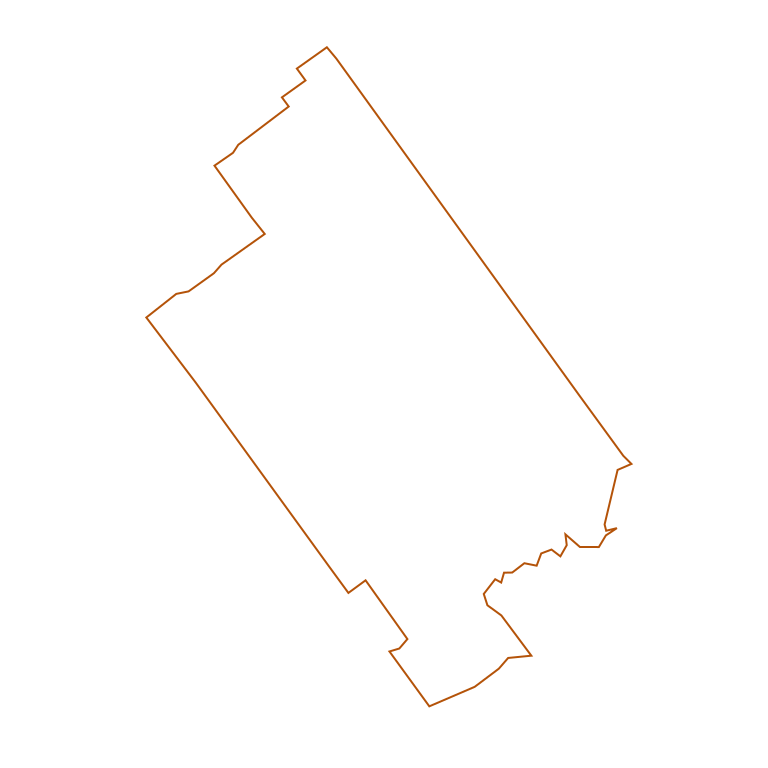 Glenn, California, United States of America (Mercator projection), rotated 54°
{"feature_id": "52423323B940291063109", "entity_name": "Glenn", "entity_type": "district", "adm_level": 2, "iso_a3": "USA", "parent_name": "United States of America", "parent_adm1": "California", "projection": "mercator", "projection_center": [-122.275, 39.592], "detail": "fine", "context": "isolated", "style": "outline", "palette": "amber", "viewbox_px": 768, "rotation_deg": 54, "n_neighbors": 0, "source": "geoboundaries", "source_scale": "gbopen_adm2", "svg_char_len": 795}
<svg xmlns="http://www.w3.org/2000/svg" viewBox="0 0 768 768"><g transform="rotate(54 384 384)"><path d="M78.0,232.3L77.6,269.1L92.3,269.1L92.1,298.1L103.5,298.0L104.8,361.3L108.2,370.2L107.7,392.8L171.6,393.2L192.5,392.3L191.9,445.3L194.4,456.5L194.2,487.7L189.0,499.1L190.5,537.2L272.4,535.5L500.2,535.7L532.1,535.6L532.0,514.3L604.1,515.0L607.0,527.1L603.6,536.8L671.4,536.8L682.3,488.6L681.8,458.4L678.6,444.6L690.4,424.5L640.2,425.1L623.8,430.4L612.5,426.7L607.3,408.8L613.5,405.9L607.2,397.8L611.9,391.1L611.5,375.8L620.7,367.3L613.5,356.4L616.4,345.8L627.1,342.6L621.8,330.9L612.3,325.6L631.0,321.3L642.2,306.0L636.9,293.5L637.5,280.3L633.3,290.5L627.3,288.1L590.8,245.5L594.1,230.8L582.8,232.6L508.2,232.7L92.7,231.3L78.0,232.3Z" fill="none" stroke="#b45309" stroke-width="2"/></g></svg>